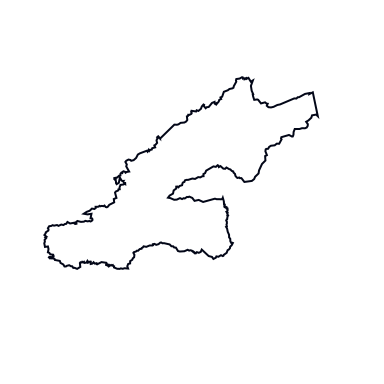 Hueytamalco, Puebla, Mexico, rotated 57°
{"feature_id": "50627088B70242427867447", "entity_name": "Hueytamalco", "entity_type": "district", "adm_level": 2, "iso_a3": "MEX", "parent_name": "Mexico", "parent_adm1": "Puebla", "projection": "natural_earth1", "projection_center": [-97.308, 20.034], "detail": "fine", "context": "isolated", "style": "outline", "palette": "ink", "viewbox_px": 384, "rotation_deg": 57, "n_neighbors": 0, "source": "geoboundaries", "source_scale": "gbopen_adm2", "svg_char_len": 6099}
<svg xmlns="http://www.w3.org/2000/svg" viewBox="0 0 384 384"><g transform="rotate(57 192 192)"><path d="M196.9,45.2L174.2,36.4L173.8,40.3L173.0,39.6L171.3,43.8L170.8,50.6L170.1,51.8L170.5,53.5L169.2,55.3L166.5,70.5L165.5,73.0L165.0,77.2L164.1,79.7L162.5,81.7L160.4,82.3L159.2,80.5L158.5,81.3L156.6,81.9L155.3,85.9L150.7,86.3L149.9,86.9L148.6,89.6L145.2,88.7L143.2,87.9L143.3,87.4L139.6,86.8L135.1,84.8L131.6,80.2L131.5,82.6L127.0,82.5L126.8,84.7L126.1,84.4L126.0,86.4L125.3,86.0L124.7,87.5L123.6,87.0L123.0,87.5L122.8,90.3L121.4,93.3L122.4,94.4L123.6,94.8L126.0,99.3L127.1,100.4L127.1,101.6L126.0,104.5L126.2,106.5L125.3,110.7L128.5,114.8L128.2,116.6L129.9,116.9L129.6,119.0L130.7,120.3L131.7,123.7L130.8,123.5L130.9,124.6L130.2,124.8L128.7,124.0L128.2,126.7L129.8,131.7L128.9,133.5L129.2,134.9L126.3,135.3L125.6,134.4L124.9,134.7L125.6,137.2L127.1,139.2L127.5,142.5L126.0,143.6L126.7,144.7L123.6,148.2L124.3,149.1L125.6,149.2L126.1,150.0L125.9,152.2L125.2,153.1L126.0,153.9L125.8,155.1L129.0,156.7L129.7,158.5L129.6,160.5L127.8,163.9L127.9,166.5L127.4,168.0L125.9,170.1L129.8,189.5L129.0,189.3L129.6,189.6L126.9,190.0L127.1,191.4L128.3,191.3L128.6,192.6L129.5,193.7L131.8,194.5L132.5,197.0L132.4,198.2L134.5,198.6L133.6,201.5L134.5,202.7L133.9,204.1L134.3,205.4L133.0,205.3L134.0,207.3L132.8,207.4L131.2,214.6L131.1,217.0L133.0,220.3L133.5,223.6L132.7,226.0L131.6,226.2L130.2,227.6L130.0,230.1L130.5,231.5L133.4,231.7L134.7,233.2L140.6,233.6L139.6,235.9L139.6,237.2L138.7,237.1L137.3,238.2L137.3,239.1L138.1,240.1L137.3,240.6L137.7,242.0L139.1,243.0L138.6,244.3L139.1,246.7L138.0,249.6L138.9,250.1L139.7,249.4L139.8,249.9L141.3,249.8L143.2,250.9L144.4,250.9L144.4,248.3L140.6,244.6L143.6,244.8L144.8,244.5L145.3,243.6L145.4,243.9L147.1,244.0L147.7,244.0L148.1,243.2L149.0,243.7L148.4,244.0L148.4,245.3L147.1,248.1L148.7,250.3L150.3,251.1L149.7,252.2L150.5,253.1L150.1,255.7L150.6,256.9L155.8,258.6L155.3,261.4L158.3,262.9L157.7,268.3L158.5,270.7L158.4,271.8L157.5,272.6L155.7,272.8L155.7,273.9L154.5,275.3L154.0,276.8L153.3,277.0L153.3,278.7L151.9,280.9L153.0,281.5L153.1,283.1L151.4,285.0L152.0,288.0L151.3,291.0L151.3,294.6L153.9,291.8L155.5,288.2L158.8,291.4L159.8,290.2L160.6,290.3L161.4,290.9L161.6,292.0L161.5,293.1L160.4,293.9L159.8,295.5L158.1,297.2L158.0,298.8L156.6,301.4L153.9,303.9L154.0,305.1L155.7,306.2L155.2,307.4L154.2,307.8L153.7,307.3L152.0,311.4L149.3,312.8L150.2,314.8L149.6,316.1L149.7,317.8L148.1,319.4L147.7,322.4L146.2,323.2L145.1,326.0L143.9,327.0L143.8,328.6L142.9,330.4L143.9,332.6L145.1,332.6L146.1,333.5L146.2,336.6L147.0,337.3L147.7,339.2L150.3,338.4L150.2,339.8L151.3,339.6L151.9,341.7L153.6,342.5L154.5,343.8L158.0,345.2L159.2,342.5L161.7,343.4L164.1,345.7L165.3,344.8L167.1,344.8L169.0,342.6L170.3,342.9L170.7,343.2L170.3,343.9L170.8,344.3L168.7,347.0L168.9,347.6L170.3,347.3L170.4,346.5L171.0,346.3L172.1,344.6L173.5,343.7L174.3,344.0L177.8,340.4L179.9,340.9L182.7,339.4L185.0,339.5L185.8,338.3L185.7,337.3L186.5,334.9L188.4,333.9L189.1,332.9L191.0,332.9L191.6,331.8L193.9,330.2L194.0,326.5L190.5,324.7L190.2,323.8L191.0,323.0L190.7,322.1L191.7,321.7L191.7,320.6L192.9,320.8L193.7,319.0L192.9,317.4L193.5,317.5L194.0,318.5L194.5,318.2L194.7,317.4L194.2,316.5L194.9,315.8L195.4,314.1L195.6,315.5L197.2,316.2L197.8,314.5L197.3,312.8L199.0,312.6L199.7,310.9L200.5,311.3L201.0,311.0L201.5,306.1L204.7,302.4L205.9,302.5L206.0,303.5L206.5,303.8L207.6,302.8L207.5,301.5L207.8,301.2L208.3,301.3L209.1,303.3L209.1,299.6L209.9,299.3L210.1,298.2L211.2,298.4L211.9,297.8L212.8,298.5L215.6,296.6L217.1,294.5L217.3,293.3L218.7,291.9L219.2,290.1L221.4,287.3L219.0,286.7L217.6,284.7L218.2,282.8L216.3,281.5L216.3,279.0L215.4,277.8L215.2,276.1L213.3,274.5L211.1,274.3L210.8,273.6L211.4,271.3L211.2,270.2L211.9,269.2L211.4,267.0L212.1,265.2L211.6,264.7L211.7,263.4L211.2,262.2L213.1,260.2L213.8,256.6L215.4,254.2L215.4,253.6L214.5,253.2L215.1,251.7L216.8,250.8L217.5,248.5L217.2,246.2L217.5,245.4L218.9,244.7L219.7,243.3L223.8,239.3L226.3,238.8L227.4,237.3L228.8,237.2L229.9,235.8L233.9,235.9L235.3,234.6L237.5,230.7L238.1,227.1L239.6,226.3L239.9,225.2L240.7,224.4L243.7,223.4L243.1,223.1L245.5,222.2L245.1,220.7L246.7,219.4L247.0,217.3L245.6,215.2L254.8,212.9L257.3,210.6L259.8,210.5L260.1,207.9L259.3,206.6L260.7,205.1L260.8,202.1L262.5,201.1L262.6,200.4L262.0,199.5L261.9,196.1L260.2,193.8L260.3,192.3L259.8,190.8L258.6,189.7L258.3,187.8L257.0,185.5L256.2,186.1L256.0,186.8L254.3,186.7L252.0,185.4L250.3,185.6L248.0,184.2L244.8,183.7L241.8,182.5L239.8,182.4L239.9,181.5L238.1,180.8L237.3,179.8L235.8,178.9L234.6,178.9L233.9,177.9L234.0,177.4L232.0,175.7L231.4,174.6L230.7,175.0L230.2,174.3L228.9,174.1L228.8,173.5L227.3,173.9L227.1,172.4L226.1,171.7L225.3,171.9L225.7,170.6L224.5,171.9L223.9,171.9L223.6,171.3L222.6,171.8L222.4,172.9L221.9,172.9L220.4,171.4L219.9,171.9L217.2,170.4L213.6,169.3L214.3,170.3L214.1,171.3L211.4,175.3L210.1,176.4L206.4,188.1L202.3,190.7L200.8,194.7L197.1,195.0L194.4,196.8L194.2,198.0L193.4,198.9L193.5,201.6L192.7,202.3L192.5,204.2L190.6,205.4L190.1,208.9L188.8,211.2L185.3,213.5L183.7,215.2L182.8,212.7L183.0,208.8L180.7,206.5L180.5,203.3L178.9,202.3L179.5,201.2L180.7,200.8L180.2,199.1L180.9,196.6L179.4,195.1L179.1,194.2L179.4,192.9L178.4,191.6L178.8,190.0L179.7,188.7L180.9,184.4L182.7,182.3L182.9,178.7L184.3,177.0L184.4,174.8L185.0,173.7L183.2,172.7L183.3,170.7L181.8,168.5L182.2,160.1L183.9,158.3L183.5,155.9L184.2,155.5L185.7,155.9L185.8,154.0L189.5,153.0L190.6,151.5L190.2,149.8L193.2,148.3L194.0,147.5L195.9,147.2L197.2,146.2L198.2,146.6L200.3,146.1L202.1,146.8L204.4,146.5L205.0,146.2L205.6,144.5L206.4,144.4L207.3,143.0L212.1,142.6L215.3,135.8L215.0,132.8L213.6,130.8L212.7,126.1L210.4,124.0L206.6,118.0L205.6,113.3L201.7,111.1L201.9,109.1L197.9,108.3L196.4,107.0L196.3,106.3L197.2,104.6L196.2,102.7L196.2,100.6L197.9,97.2L197.6,94.6L199.0,92.6L196.6,88.2L195.6,88.2L194.7,87.2L197.0,79.6L200.0,77.9L200.3,77.2L199.2,75.7L197.0,74.1L195.1,71.5L197.7,67.6L198.4,65.0L200.1,62.5L200.4,60.7L199.6,59.0L198.2,57.9L195.3,58.0L195.4,55.4L194.7,51.5L193.1,49.6L194.7,45.7L196.9,45.2Z" fill="none" stroke="#020617" stroke-width="2"/></g></svg>